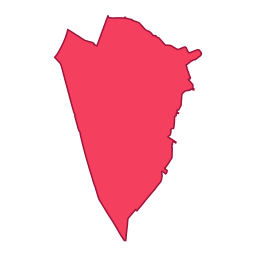 outline of Tan Binh, Hồ Chí Minh city, Vietnam
{"feature_id": "81297802B72151759297882", "entity_name": "Tan Binh", "entity_type": "district", "adm_level": 2, "iso_a3": "VNM", "parent_name": "Vietnam", "parent_adm1": "Hồ Chí Minh city", "projection": "robinson", "projection_center": [106.659, 10.803], "detail": "fine", "context": "isolated", "style": "filled", "palette": "rose", "viewbox_px": 256, "rotation_deg": 0, "n_neighbors": 0, "source": "geoboundaries", "source_scale": "gbopen_adm2", "svg_char_len": 3207}
<svg xmlns="http://www.w3.org/2000/svg" viewBox="0 0 256 256"><path d="M67.8,29.6L66.7,33.8L65.1,38.5L62.6,44.3L59.3,50.6L57.4,53.8L56.9,54.6L54.7,57.4L58.9,61.8L59.6,62.6L60.2,63.3L60.8,64.5L61.5,66.5L62.8,71.3L64.2,76.7L68.4,92.4L70.6,100.7L72.8,108.6L73.9,112.4L74.8,114.2L74.9,115.8L74.9,116.4L77.5,126.0L78.1,128.4L78.4,129.1L78.6,129.7L79.0,130.5L79.3,131.2L80.0,132.3L80.5,135.3L81.8,140.9L83.5,147.6L84.7,152.1L84.9,153.1L87.6,162.6L90.2,171.4L92.5,178.8L93.1,181.2L94.4,184.8L95.4,187.6L95.6,188.4L96.8,192.4L98.2,197.1L99.1,199.3L99.3,199.9L100.7,202.1L103.8,207.2L107.2,212.8L109.5,216.4L111.9,220.1L112.9,221.6L113.3,222.4L115.3,225.7L117.1,228.8L119.0,232.1L121.4,236.1L123.4,239.2L124.3,240.5L125.7,240.6L125.9,238.8L126.4,234.0L126.4,233.4L126.8,230.0L127.4,224.7L127.5,223.2L127.8,219.4L128.0,218.8L128.3,218.2L130.5,215.5L134.6,210.7L135.7,209.6L135.8,210.1L136.0,210.4L136.2,210.5L136.3,210.6L136.6,210.7L137.0,210.7L144.3,201.9L147.2,198.2L148.0,197.3L150.0,194.9L154.8,189.3L156.7,186.7L160.8,181.6L161.4,179.6L161.5,179.4L162.0,176.7L162.1,175.2L161.6,172.1L161.6,171.8L162.2,171.2L164.5,172.9L165.6,173.9L166.2,173.3L166.4,173.2L166.7,172.5L167.0,171.5L167.2,170.9L167.0,170.4L166.0,169.5L165.2,169.1L164.8,169.0L164.5,168.2L165.0,168.2L165.2,167.9L167.0,165.4L168.9,162.6L171.9,157.9L172.0,156.1L172.2,149.2L172.2,147.4L171.8,147.3L172.0,144.5L172.4,144.5L172.5,143.1L173.0,141.9L173.5,141.6L175.7,142.9L176.0,142.2L174.0,140.8L170.4,138.5L169.6,138.0L169.2,137.7L168.0,136.9L168.2,136.2L168.3,136.1L169.0,135.8L169.7,135.4L170.1,134.9L170.4,134.3L171.0,131.6L170.9,130.5L170.7,130.0L171.3,129.2L172.3,128.4L172.9,128.3L173.5,128.5L173.7,127.8L173.8,127.0L174.0,126.1L174.2,124.7L174.2,123.9L174.4,122.3L174.5,119.5L174.6,118.2L174.7,116.6L175.2,116.2L175.9,115.9L176.1,115.7L176.2,114.6L176.4,113.3L178.4,113.4L178.5,112.9L178.0,112.8L177.0,112.6L177.2,110.0L177.9,110.0L178.6,110.0L181.0,105.5L181.5,99.0L181.9,94.5L183.2,92.6L184.5,91.5L186.1,90.7L188.2,90.5L189.5,90.3L190.2,89.9L190.9,89.1L193.8,89.9L193.9,88.9L193.5,88.7L192.8,88.2L192.9,87.3L192.9,85.8L192.9,85.1L192.7,84.6L191.9,83.6L189.6,80.9L188.7,79.8L188.4,79.4L190.3,78.6L190.4,78.3L190.0,77.3L190.2,77.2L188.8,73.8L188.6,72.7L187.7,70.6L186.8,68.0L187.0,67.7L186.0,65.1L187.8,63.9L190.5,61.6L191.7,60.8L191.9,60.9L193.0,60.1L193.7,60.0L194.9,59.7L195.9,59.3L197.1,58.3L199.0,56.9L200.5,55.7L201.3,54.3L201.2,52.6L199.1,50.0L198.0,49.7L197.0,49.9L189.8,52.7L189.3,52.8L188.7,52.6L188.3,52.1L187.4,50.4L186.1,47.6L185.5,47.2L185.0,47.0L184.3,47.1L178.4,49.4L177.9,49.5L177.5,49.4L175.6,48.4L171.7,46.0L170.6,45.5L169.3,45.3L165.7,45.1L165.2,45.1L164.4,44.1L159.6,38.6L158.8,37.9L157.7,37.6L157.2,37.4L156.8,36.9L156.2,36.3L156.0,35.9L155.8,35.7L155.2,35.6L154.5,35.6L153.7,35.6L153.2,35.5L150.7,32.6L149.4,31.6L145.6,29.9L144.9,29.1L139.2,22.9L138.7,22.6L131.8,20.1L131.9,19.6L127.8,18.7L125.4,18.1L125.5,17.4L124.9,17.3L124.8,18.0L116.2,17.9L113.0,18.1L109.2,17.7L108.3,16.8L108.1,15.4L106.1,20.7L102.2,31.4L96.9,45.9L93.7,44.3L93.9,43.4L92.2,42.5L90.5,42.0L89.6,41.8L85.5,40.6L84.3,40.1L81.0,38.0L77.8,35.8L76.5,35.1L72.2,32.3L72.1,32.2L68.8,30.2L67.8,29.6Z" fill="#f43f5e" stroke="#9f1239" stroke-width="1.5"/></svg>